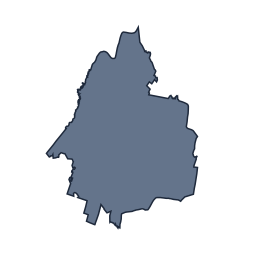 the district of Ostuacán, Chiapas, Mexico, rotated 10°
{"feature_id": "50627088B96249830880430", "entity_name": "Ostuacán", "entity_type": "district", "adm_level": 2, "iso_a3": "MEX", "parent_name": "Mexico", "parent_adm1": "Chiapas", "projection": "equal_earth", "projection_center": [-93.473, 17.447], "detail": "fine", "context": "isolated", "style": "filled", "palette": "slate", "viewbox_px": 256, "rotation_deg": 10, "n_neighbors": 0, "source": "geoboundaries", "source_scale": "gbopen_adm2", "svg_char_len": 5533}
<svg xmlns="http://www.w3.org/2000/svg" viewBox="0 0 256 256"><g transform="rotate(10 128 128)"><path d="M137.3,227.8L137.3,227.5L136.8,224.3L137.1,221.8L137.1,218.8L136.6,215.1L136.6,213.6L139.9,211.5L141.5,210.9L146.6,209.4L148.0,208.5L149.3,207.9L150.1,207.4L152.4,206.6L155.9,205.1L157.1,205.1L158.7,205.5L159.1,205.8L161.7,205.1L162.4,203.9L162.8,202.7L163.2,201.9L165.0,196.4L165.8,194.5L167.3,192.2L168.4,191.5L171.9,190.9L175.4,190.7L178.1,190.6L180.1,190.2L181.7,190.3L182.3,190.2L185.3,190.4L190.1,190.1L192.6,191.0L193.2,189.8L195.9,186.0L203.9,181.9L203.8,175.8L203.9,171.6L203.7,161.0L203.3,154.8L199.6,155.0L199.5,153.8L200.6,146.8L200.5,146.6L200.4,145.8L200.5,145.0L201.0,143.4L200.2,144.4L198.5,145.1L197.6,144.3L197.2,143.8L196.8,142.8L196.3,142.1L196.4,140.8L196.6,139.2L196.8,138.1L197.2,137.0L196.7,133.9L196.6,130.9L197.0,126.4L197.9,124.3L193.4,120.0L192.6,119.3L191.0,118.7L187.0,118.1L185.8,117.4L185.2,116.5L185.1,111.7L184.7,106.7L184.7,103.6L184.2,99.5L183.7,96.3L183.4,95.5L182.6,94.4L180.7,93.7L178.8,93.2L176.8,92.8L173.5,92.4L172.8,91.5L172.0,91.1L171.2,87.9L170.5,88.6L170.2,88.1L169.1,89.7L169.6,90.7L169.6,90.9L169.4,91.1L168.5,91.0L168.0,90.7L167.9,91.1L167.3,91.4L166.1,90.7L166.1,90.0L165.4,89.5L164.6,88.5L163.5,89.4L163.0,91.0L162.4,92.0L142.7,91.7L143.0,89.9L142.1,89.2L143.0,85.9L139.1,83.1L141.0,78.9L143.7,80.3L145.1,77.3L145.7,75.7L148.1,77.6L148.6,75.6L147.9,73.3L146.6,73.7L146.0,72.1L144.5,71.8L145.5,67.2L144.7,66.1L143.8,65.6L140.6,59.8L140.2,59.2L139.5,58.6L138.9,58.3L138.5,57.4L136.9,55.3L137.1,53.7L137.3,52.9L137.3,52.1L137.3,51.0L136.8,49.8L136.3,50.1L135.7,49.6L134.7,49.6L134.5,50.6L134.2,50.7L133.5,50.3L133.0,50.3L132.7,49.8L131.5,49.8L131.9,49.1L131.1,49.2L127.8,44.6L124.8,41.5L120.6,27.0L119.4,30.7L118.5,32.3L117.7,33.1L116.3,33.7L115.1,34.1L112.5,34.3L109.9,34.2L106.9,34.3L106.2,34.7L105.7,35.4L105.4,36.1L104.9,38.5L104.6,41.1L104.4,45.8L103.9,48.1L103.6,50.8L103.5,55.1L103.5,57.5L103.3,60.7L103.0,61.4L102.7,61.8L100.9,62.2L99.6,62.0L98.7,61.4L95.5,58.4L94.5,57.6L93.6,57.1L92.5,56.8L92.0,56.7L91.1,56.7L90.5,56.8L89.6,57.3L88.2,57.8L87.7,58.1L87.3,58.7L86.9,59.2L86.2,60.6L85.1,63.0L84.9,63.8L84.7,65.8L84.5,66.9L83.7,69.0L82.9,70.0L82.1,71.1L81.8,72.0L81.2,77.3L81.0,77.5L80.2,77.2L79.7,77.4L79.6,77.7L79.6,77.9L79.7,78.0L80.3,77.9L80.5,78.0L80.0,79.1L79.7,79.4L79.2,79.6L79.1,79.8L79.5,80.4L79.7,81.1L79.8,81.4L79.7,81.5L79.5,81.4L79.4,80.6L79.1,80.5L79.0,81.2L79.2,82.5L79.4,82.9L79.4,83.0L78.8,83.2L78.4,83.8L78.4,84.1L78.5,84.2L78.9,84.1L79.1,84.4L79.4,84.7L79.5,84.9L79.4,85.0L79.0,84.9L78.9,84.9L78.6,85.2L78.3,86.5L77.9,87.6L77.9,88.0L78.0,88.6L77.9,90.0L78.2,90.4L78.3,90.6L77.8,92.2L77.8,92.8L77.5,92.8L77.2,92.7L76.9,92.8L76.7,92.7L76.7,92.3L77.2,92.0L77.4,91.7L76.8,91.8L76.3,91.6L75.9,91.8L75.3,91.5L75.2,91.7L75.3,91.9L76.1,92.6L76.4,93.5L76.9,94.1L76.8,94.3L76.4,94.1L76.3,94.8L76.5,95.5L76.1,95.7L76.2,96.3L75.9,96.6L75.5,96.4L75.2,95.7L75.4,94.7L74.8,95.1L74.3,96.1L74.3,96.6L74.5,96.8L75.1,96.7L75.2,96.9L74.6,97.8L74.6,98.6L74.5,98.8L74.1,98.8L73.1,98.2L72.5,98.7L72.1,98.8L71.8,98.7L71.7,98.8L71.6,99.0L72.1,99.4L72.0,99.8L72.1,100.3L72.6,100.2L72.1,101.1L72.0,101.3L72.1,101.6L72.4,101.8L72.8,101.8L73.5,102.1L73.3,102.6L73.2,103.3L73.3,103.7L73.6,103.8L74.1,103.5L73.7,104.2L73.8,104.4L74.1,104.6L74.3,104.9L74.6,105.1L75.3,105.1L75.3,105.4L74.7,105.8L74.8,106.2L74.9,106.5L75.2,106.7L75.3,106.0L76.0,106.8L76.0,107.5L76.0,107.8L75.3,108.6L75.0,108.2L74.5,108.6L74.6,109.2L75.3,109.4L75.5,109.6L75.5,109.8L75.2,109.9L74.4,109.5L74.2,109.7L74.1,110.0L74.4,111.9L74.5,112.0L74.7,111.9L74.8,111.2L75.1,111.1L75.2,111.4L74.9,112.5L75.0,112.6L75.5,112.1L75.6,112.7L75.5,112.9L75.0,112.9L74.9,113.1L74.9,113.4L75.4,114.3L75.5,114.8L75.3,115.4L75.2,116.0L74.8,116.2L75.0,116.6L75.0,117.0L74.9,117.3L74.8,117.5L74.6,117.6L74.3,118.4L73.3,119.5L73.7,120.2L73.7,120.4L73.2,122.1L73.3,122.9L73.0,123.5L73.2,123.8L72.9,124.2L73.3,125.0L73.3,125.3L73.5,125.4L73.4,125.8L73.6,127.0L73.2,127.9L72.3,128.6L72.2,129.3L72.3,130.2L71.9,131.2L71.5,131.8L71.5,132.2L71.2,132.4L69.8,132.6L69.4,132.9L69.2,133.9L69.4,134.5L69.1,135.6L68.9,136.1L68.6,136.5L68.2,136.8L67.2,137.0L66.7,137.8L66.5,138.3L66.5,138.9L66.9,139.5L67.1,139.5L64.9,143.6L59.5,153.3L57.4,157.5L53.0,165.4L52.1,167.2L55.5,170.2L56.3,169.5L56.7,169.5L56.8,168.9L56.9,168.7L58.2,168.6L58.3,168.4L58.6,167.2L59.6,170.7L61.8,170.0L63.6,169.0L64.3,168.4L64.7,169.5L64.8,167.6L64.5,166.5L66.4,163.9L69.5,164.4L70.3,164.2L74.0,168.8L77.7,168.4L78.5,168.5L79.0,169.2L79.6,170.4L80.0,170.6L79.4,174.6L80.6,176.8L82.0,175.9L82.6,176.1L83.0,176.5L82.4,177.9L81.3,177.9L80.1,180.1L80.2,181.1L81.0,180.8L81.4,181.7L80.5,185.9L81.4,186.9L82.1,187.0L81.6,190.1L80.6,190.0L81.3,187.3L79.6,186.7L79.3,186.9L78.8,188.9L81.2,192.8L80.9,194.3L79.5,203.5L86.4,204.6L85.7,201.8L86.8,200.8L88.1,201.1L88.7,201.6L89.3,201.8L89.8,202.6L90.3,202.8L90.6,203.3L91.3,203.9L91.1,204.5L90.6,205.2L100.3,206.7L100.3,207.8L100.0,212.8L99.3,219.5L101.3,219.8L103.9,220.4L103.4,226.1L103.3,227.0L106.8,227.9L109.7,228.5L111.9,229.0L112.2,228.9L112.4,226.9L112.8,224.9L113.9,218.2L114.7,208.1L118.5,211.6L118.5,212.1L122.0,215.2L123.3,214.5L123.9,214.0L125.6,212.9L125.3,217.6L126.4,223.4L126.6,224.0L127.0,223.3L127.4,223.6L128.2,223.8L128.8,223.7L129.2,224.1L130.4,224.1L130.5,224.4L132.3,226.0L132.4,225.7L132.5,225.1L132.9,226.0L133.7,226.6L134.3,226.4L135.1,226.7L134.6,227.4L134.7,227.7L135.2,228.0L135.5,228.3L135.6,227.7L135.9,227.7L136.2,227.3L137.3,227.8Z" fill="#64748b" stroke="#1e293b" stroke-width="1.5"/></g></svg>